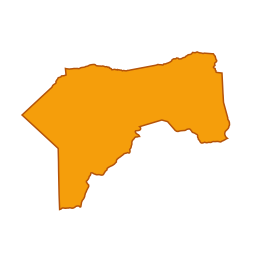 Canudos, Bahia, Brazil, rotated 80°
{"feature_id": "56859067B47198937140500", "entity_name": "Canudos", "entity_type": "district", "adm_level": 2, "iso_a3": "BRA", "parent_name": "Brazil", "parent_adm1": "Bahia", "projection": "equal_earth", "projection_center": [-38.948, -10.003], "detail": "fine", "context": "isolated", "style": "filled", "palette": "amber", "viewbox_px": 256, "rotation_deg": 80, "n_neighbors": 0, "source": "geoboundaries", "source_scale": "gbopen_adm2", "svg_char_len": 5015}
<svg xmlns="http://www.w3.org/2000/svg" viewBox="0 0 256 256"><g transform="rotate(80 128 128)"><path d="M155.5,31.9L154.5,32.7L153.9,33.1L153.3,33.4L152.5,33.6L151.5,33.8L150.7,33.8L149.9,33.6L149.2,33.3L148.4,32.9L147.8,32.2L147.1,31.1L146.5,30.3L145.6,29.2L144.9,28.7L143.9,28.4L143.2,27.8L142.6,27.5L142.1,27.4L141.1,27.3L140.2,27.2L139.5,27.3L138.7,27.4L138.1,27.7L137.4,27.9L136.8,28.2L136.0,28.1L135.3,28.0L119.3,29.5L112.6,28.7L110.7,28.5L90.2,25.9L88.8,30.6L88.5,31.4L87.7,31.6L86.8,31.5L86.0,32.0L85.4,31.9L84.6,31.9L83.9,32.8L83.3,33.3L82.6,33.1L82.1,32.7L81.8,31.9L81.3,31.4L80.7,31.6L80.1,31.6L79.5,31.4L78.7,30.8L78.2,29.6L77.6,29.1L76.7,28.9L75.8,29.5L74.5,29.5L73.5,29.7L72.5,29.6L71.8,30.2L70.8,30.6L69.8,31.0L67.5,40.0L67.7,41.1L67.2,42.1L66.7,43.4L66.4,44.5L66.0,45.2L65.6,46.0L65.1,46.7L65.3,47.7L65.5,48.7L65.2,50.1L64.8,51.2L65.4,51.9L66.0,52.6L66.4,53.9L66.3,55.5L66.5,56.5L66.9,57.1L67.2,57.8L67.4,58.6L68.1,59.2L68.3,60.4L68.3,61.2L68.6,62.4L69.1,63.4L69.0,64.7L68.9,65.9L68.2,66.2L67.8,67.0L67.5,68.0L68.1,68.9L68.0,69.9L67.8,70.8L68.2,72.1L68.8,73.1L69.6,73.5L70.0,74.4L70.3,75.1L70.6,76.0L70.9,77.3L71.0,78.2L71.2,79.1L71.4,80.1L71.2,81.2L71.3,82.0L71.9,82.4L71.9,83.3L71.4,84.5L71.2,85.8L70.9,86.7L70.6,87.6L70.9,88.7L71.0,89.8L71.3,115.4L71.4,117.4L71.2,118.2L71.4,119.1L71.4,120.0L71.1,121.0L70.6,122.3L70.7,123.7L70.2,124.2L69.7,124.8L69.7,125.8L69.0,126.9L69.1,128.1L68.5,128.4L68.7,129.4L68.3,130.2L67.9,130.8L67.9,132.0L67.9,133.2L67.7,134.0L66.7,134.2L66.1,135.0L65.9,135.8L65.2,135.8L64.7,136.4L64.7,137.4L63.9,138.2L63.8,139.5L63.5,140.3L62.9,141.2L62.5,142.4L62.5,143.6L62.1,144.7L61.9,145.8L61.6,147.0L61.3,148.0L60.8,148.7L59.9,149.4L59.5,150.3L59.4,151.3L59.3,152.5L59.3,153.7L59.4,154.9L59.7,155.9L60.1,157.1L60.1,158.1L60.1,159.0L60.5,160.0L60.5,161.3L60.4,162.9L60.4,163.9L60.7,164.7L61.0,165.8L60.9,166.8L60.5,167.7L60.4,168.9L60.2,169.8L60.0,171.1L60.0,172.5L59.9,173.9L59.8,174.6L59.8,175.6L59.4,176.8L59.1,177.9L58.8,178.6L58.5,179.3L65.0,179.8L65.4,182.0L65.3,182.9L65.2,184.5L65.9,185.0L66.2,186.4L66.4,188.0L67.5,188.8L68.3,189.7L68.9,190.2L69.6,190.9L70.5,190.9L71.3,191.3L71.9,192.4L72.2,193.2L72.5,193.9L73.1,194.7L73.8,195.3L74.6,195.8L75.0,196.3L75.5,197.2L89.6,219.0L96.8,230.1L101.9,226.2L112.8,217.9L131.1,204.0L136.0,200.3L149.2,202.3L158.3,203.8L181.5,207.4L183.6,207.7L196.4,209.5L196.2,208.1L195.6,207.2L195.4,206.1L195.6,205.4L195.9,204.6L196.2,203.4L196.3,201.8L196.5,200.3L196.4,199.1L197.1,197.5L197.3,196.7L197.3,195.6L196.9,194.3L196.2,193.0L196.0,191.9L196.1,190.8L196.4,189.7L197.3,189.2L197.5,188.4L196.8,187.9L195.7,187.6L194.5,187.1L193.6,186.9L192.7,186.4L191.3,185.5L190.5,184.5L189.7,183.7L189.0,183.3L188.4,182.8L187.5,182.4L186.8,182.2L186.0,181.8L184.9,181.3L184.2,180.8L183.4,180.1L182.5,179.7L181.7,179.1L181.2,178.7L180.5,178.2L179.9,177.7L179.2,177.1L178.6,176.8L178.0,176.8L177.4,176.6L176.7,177.1L176.1,177.5L175.5,177.7L174.9,178.0L173.9,178.4L173.0,178.1L172.6,177.2L172.0,176.7L171.5,176.1L171.0,175.6L170.1,175.1L169.5,174.8L168.9,174.5L168.3,173.6L167.4,172.9L166.6,172.7L165.9,172.4L165.8,171.3L166.3,170.5L166.8,170.0L167.4,169.2L167.9,168.2L168.5,167.4L168.6,166.6L168.8,165.7L168.8,164.7L169.2,163.8L169.6,162.9L169.9,161.8L169.7,160.6L169.1,159.9L168.5,159.5L167.9,158.9L167.4,158.4L166.7,157.9L166.1,156.8L165.5,155.9L164.6,155.8L164.1,155.4L163.7,154.7L163.3,153.8L163.0,153.0L162.7,152.0L162.4,150.8L162.1,149.7L161.5,148.4L161.0,147.4L160.5,146.9L160.1,146.3L159.5,145.4L158.5,145.2L157.6,144.8L157.1,144.4L156.7,143.8L156.2,143.0L155.7,142.1L155.3,141.1L154.8,140.0L154.3,139.3L154.0,138.5L153.4,137.4L152.8,136.6L152.5,135.6L152.5,134.5L152.3,133.5L152.2,132.5L152.7,131.7L152.8,130.9L152.2,130.4L151.5,130.1L150.9,130.0L150.2,130.0L149.6,130.1L149.0,129.6L148.4,128.9L147.7,128.4L146.7,128.0L145.9,127.8L145.2,127.2L144.1,126.9L143.3,126.8L142.4,126.6L141.6,126.2L140.9,125.6L140.4,125.0L139.6,123.9L138.9,123.3L138.2,122.3L138.3,121.4L138.4,120.3L138.2,119.0L138.3,118.1L137.6,118.3L136.6,118.8L136.0,119.7L135.4,120.3L134.9,120.5L134.5,121.1L133.5,121.4L132.6,121.4L132.1,120.9L132.2,119.7L132.3,118.6L132.3,117.7L132.1,116.9L131.8,116.2L131.1,115.7L130.0,115.6L129.2,116.0L128.7,116.4L126.0,93.3L128.6,87.9L137.4,82.6L138.5,82.0L139.6,80.8L139.9,80.1L140.1,79.2L139.9,77.5L139.9,76.3L140.0,75.5L140.1,74.3L140.2,73.2L140.3,72.4L140.1,71.5L139.8,70.8L139.5,70.1L139.5,69.1L139.5,67.9L140.0,67.1L140.6,66.7L141.5,66.2L142.2,65.9L143.1,65.5L143.7,64.9L144.2,63.9L144.9,62.9L145.7,62.1L146.2,61.4L146.7,60.9L147.4,60.7L148.1,60.9L149.2,61.0L149.9,60.7L150.5,60.6L151.2,60.7L151.9,60.3L152.8,59.7L153.6,59.5L154.2,59.3L155.0,58.9L155.5,58.3L155.7,57.6L155.6,56.2L155.3,55.0L155.7,54.3L156.1,53.5L156.2,52.7L156.2,51.8L156.1,50.9L156.4,50.0L156.6,49.1L156.5,48.3L156.2,47.5L156.1,46.4L156.4,45.3L156.6,43.9L156.7,42.5L156.9,41.7L157.2,40.9L157.6,40.0L157.8,39.1L157.5,38.2L157.1,37.4L157.0,36.5L156.7,35.6L156.3,34.4L156.0,33.6L155.6,32.8L155.5,31.9Z" fill="#f59e0b" stroke="#b45309" stroke-width="1.5"/></g></svg>